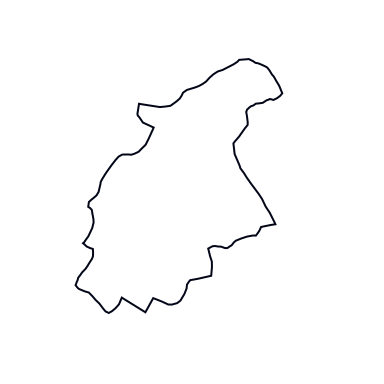 Makhmour, Arbil, Iraq, rotated 25°
{"feature_id": "34846034B86944625469149", "entity_name": "Makhmour", "entity_type": "district", "adm_level": 2, "iso_a3": "IRQ", "parent_name": "Iraq", "parent_adm1": "Arbil", "projection": "mercator", "projection_center": [43.61, 35.824], "detail": "fine", "context": "isolated", "style": "outline", "palette": "ink", "viewbox_px": 384, "rotation_deg": 25, "n_neighbors": 0, "source": "geoboundaries", "source_scale": "gbopen_adm2", "svg_char_len": 2446}
<svg xmlns="http://www.w3.org/2000/svg" viewBox="0 0 384 384"><g transform="rotate(25 192 192)"><path d="M106.7,134.4L109.5,144.2L110.5,145.6L112.5,146.4L116.3,148.7L118.2,149.8L130.0,149.8L130.1,152.0L130.2,161.2L130.0,168.8L128.3,173.3L126.6,178.1L123.8,181.5L121.2,183.9L118.2,185.0L112.9,187.6L110.5,191.0L109.2,195.3L107.7,201.9L106.2,210.0L105.8,212.7L105.2,217.7L105.1,219.4L105.0,221.4L105.6,223.2L107.3,231.4L106.9,235.4L105.4,238.8L104.1,241.4L102.8,244.6L104.2,249.3L106.4,249.6L108.8,250.6L110.6,253.3L114.1,258.2L115.7,261.2L116.8,266.8L116.8,269.7L116.8,274.0L116.8,276.0L116.0,279.9L115.5,283.2L114.9,284.5L117.6,285.2L119.5,285.9L120.0,285.9L123.2,285.9L126.2,285.5L128.0,288.8L129.4,292.1L129.6,294.7L128.8,300.7L128.6,303.0L128.0,306.6L126.4,311.2L125.9,314.2L125.1,317.8L125.6,320.4L125.6,322.4L125.9,325.7L129.1,327.3L130.5,327.6L132.3,327.6L137.4,327.3L140.9,326.7L146.0,328.6L150.3,330.6L155.1,332.2L160.7,335.2L164.2,336.8L167.7,336.8L169.8,333.9L171.7,329.9L173.3,324.7L173.0,317.4L200.6,320.7L201.7,304.6L206.0,304.3L211.6,304.0L218.0,304.0L221.2,302.6L221.5,302.4L225.5,299.0L227.4,295.4L228.2,287.8L227.9,281.9L226.6,278.0L227.1,274.7L227.6,272.7L234.1,268.1L244.8,259.8L241.8,251.6L239.4,246.7L235.4,242.4L230.6,236.4L233.5,232.5L235.7,231.2L238.3,230.5L241.6,229.2L245.6,228.9L247.7,227.9L249.3,225.2L250.4,223.6L250.9,221.6L251.2,220.0L252.3,217.6L256.6,213.0L260.8,209.1L265.4,205.8L268.3,204.5L268.9,201.8L269.4,198.8L269.4,194.5L276.9,188.9L281.2,186.0L279.1,184.2L271.3,178.0L264.8,174.0L258.4,168.7L253.0,165.4L242.7,159.9L235.2,155.6L231.3,153.0L225.9,150.1L223.7,147.7L218.1,142.7L214.6,139.6L212.3,135.8L209.0,130.5L209.4,128.3L211.2,122.1L211.8,118.7L213.1,111.6L214.1,107.8L213.1,105.4L210.0,100.4L207.3,96.5L207.1,93.9L207.7,92.7L208.3,91.0L209.4,89.1L211.0,87.7L212.5,85.0L215.2,83.4L218.5,81.2L220.8,77.4L222.6,75.7L223.0,75.0L224.5,74.5L226.8,74.2L228.0,72.8L229.5,70.9L231.3,67.5L232.1,64.4L228.0,60.6L225.9,58.7L221.8,56.0L217.5,52.9L214.8,51.7L210.4,48.8L207.5,47.4L205.6,47.2L203.4,47.2L201.1,47.2L197.6,47.4L194.9,48.1L193.6,47.9L192.2,47.6L190.1,47.6L187.4,47.5L178.9,52.3L178.4,53.9L178.1,54.8L175.8,58.6L168.3,68.3L164.4,71.9L161.7,76.2L159.6,81.0L158.1,85.9L156.1,89.4L153.8,92.6L151.2,95.4L148.0,98.3L144.2,101.7L141.9,105.8L141.9,109.0L141.4,112.5L139.7,116.4L136.1,122.9L132.4,125.4L127.0,128.6L122.5,129.9L110.5,133.4L106.7,134.4Z" fill="none" stroke="#020617" stroke-width="2"/></g></svg>